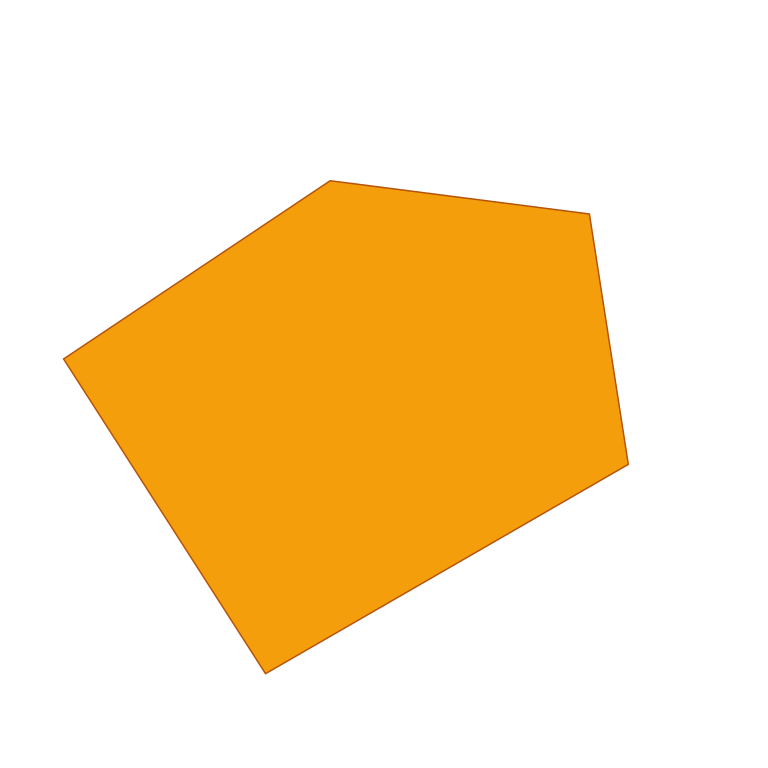 Baile Tusnad, Covasna, Romania, rotated 144°
{"feature_id": "2599482B64409374014432", "entity_name": "Baile Tusnad", "entity_type": "district", "adm_level": 2, "iso_a3": "ROU", "parent_name": "Romania", "parent_adm1": "Covasna", "projection": "orthographic", "projection_center": [25.855, 46.122], "detail": "fine", "context": "isolated", "style": "filled", "palette": "amber", "viewbox_px": 768, "rotation_deg": 144, "n_neighbors": 0, "source": "geoboundaries", "source_scale": "gbopen_adm2", "svg_char_len": 243}
<svg xmlns="http://www.w3.org/2000/svg" viewBox="0 0 768 768"><g transform="rotate(144 384 384)"><path d="M308.1,580.1L628.5,592.6L650.1,219.3L233.6,175.4L117.9,400.8L308.1,580.1Z" fill="#f59e0b" stroke="#b45309" stroke-width="1.5"/></g></svg>